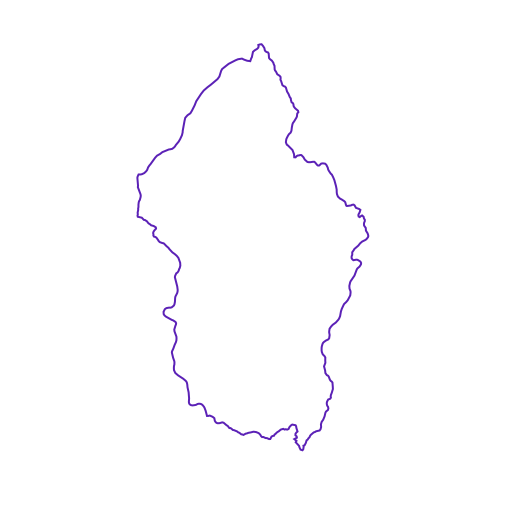 the district of Tailândia, Pará, Brazil, rotated 161°
{"feature_id": "56859067B75953677181340", "entity_name": "Tailândia", "entity_type": "district", "adm_level": 2, "iso_a3": "BRA", "parent_name": "Brazil", "parent_adm1": "Pará", "projection": "albers", "projection_center": [-48.744, -2.903], "detail": "fine", "context": "isolated", "style": "outline", "palette": "violet", "viewbox_px": 512, "rotation_deg": 161, "n_neighbors": 0, "source": "geoboundaries", "source_scale": "gbopen_adm2", "svg_char_len": 6074}
<svg xmlns="http://www.w3.org/2000/svg" viewBox="0 0 512 512"><g transform="rotate(161 256 256)"><path d="M223.5,137.5L223.8,139.0L224.9,141.3L225.0,143.8L224.7,145.4L223.9,147.7L223.2,149.1L221.8,151.1L220.8,152.1L219.7,152.6L217.4,153.3L214.8,153.6L213.6,154.4L212.1,157.3L211.7,159.9L211.3,161.0L210.1,163.3L207.9,164.9L205.8,166.0L202.2,167.1L198.8,169.0L197.8,169.8L196.1,171.7L193.7,176.0L192.1,178.1L189.2,181.1L188.2,182.0L185.9,183.0L183.7,184.3L180.6,187.2L179.7,188.1L178.5,190.6L178.1,192.0L178.2,194.7L177.5,197.3L175.6,200.4L174.8,201.3L169.3,205.4L165.0,210.6L164.0,211.3L161.5,212.3L159.5,213.9L158.9,215.1L159.0,216.3L159.5,217.3L161.2,219.3L162.4,219.9L165.3,220.3L166.0,221.5L166.3,222.6L166.0,223.9L165.5,224.8L164.6,225.8L163.8,228.2L161.7,229.7L160.7,230.6L155.9,232.5L153.4,234.1L150.9,235.1L147.7,235.5L146.2,235.9L144.0,237.3L143.3,238.3L143.1,239.7L143.1,241.1L143.8,244.2L143.1,246.8L143.9,249.6L143.5,251.2L142.9,252.3L141.8,253.5L141.3,254.9L141.7,256.2L141.5,258.1L142.5,259.8L144.0,259.5L145.3,259.0L146.1,259.9L145.9,261.4L145.1,262.4L143.9,263.4L142.3,265.6L143.1,266.8L145.8,269.0L146.3,271.8L147.0,272.8L148.4,273.1L149.8,272.9L153.0,273.5L154.1,273.9L154.3,275.0L154.1,277.8L154.6,279.0L156.7,281.7L157.8,282.8L159.2,285.5L159.3,288.1L159.0,289.7L158.1,292.6L157.6,296.1L157.2,302.2L157.4,305.4L157.8,308.3L158.5,309.5L159.3,312.5L159.6,314.2L159.4,316.2L159.8,319.2L160.5,320.7L161.7,321.4L163.2,322.0L164.4,322.1L166.7,321.0L167.9,321.3L168.6,322.3L169.6,325.1L170.2,326.1L171.3,326.5L174.1,327.0L175.6,327.5L176.8,328.2L178.5,331.3L179.0,334.0L180.2,336.6L181.4,337.1L182.6,337.1L183.8,337.4L185.1,337.2L186.5,336.4L187.7,336.9L186.9,339.9L187.0,344.3L189.8,350.1L190.6,351.2L190.7,352.4L190.7,353.9L189.3,356.6L188.2,357.8L186.4,359.5L185.1,360.5L183.2,361.3L182.2,362.3L181.5,363.3L180.3,365.8L178.7,368.6L177.8,369.7L176.2,370.8L172.7,373.7L171.9,374.6L170.6,377.3L169.1,378.2L169.0,379.7L170.9,382.9L171.6,385.0L171.5,386.2L171.2,387.3L171.4,388.6L172.3,389.7L172.2,392.1L171.8,393.7L172.3,395.1L172.5,398.6L173.1,401.4L172.9,405.5L173.4,406.7L174.5,407.6L175.4,408.9L175.3,413.2L175.5,414.7L174.9,415.9L174.5,417.3L175.0,418.7L176.7,420.9L177.1,424.0L177.6,425.2L177.6,426.4L176.6,429.8L176.8,431.9L176.7,433.1L177.4,435.6L178.8,437.7L179.2,439.0L178.1,443.3L178.4,444.6L179.4,445.3L180.3,446.3L180.7,447.5L180.4,449.9L181.0,452.4L181.8,454.4L183.5,454.8L185.1,454.8L185.4,453.1L186.1,452.2L187.4,451.5L190.3,450.9L192.4,450.0L195.2,445.3L196.2,444.4L198.0,442.1L200.8,443.5L203.4,445.6L205.0,447.2L209.0,447.9L211.7,447.7L219.3,446.6L227.0,443.9L228.6,442.5L232.2,437.6L234.8,435.8L243.1,432.6L246.8,431.4L251.5,429.5L255.2,427.1L262.1,421.8L265.0,418.4L269.2,414.3L271.6,412.3L274.9,411.4L277.9,409.7L279.6,407.0L284.6,398.1L285.1,396.8L286.7,394.3L289.7,391.2L291.9,389.3L295.7,387.0L296.9,386.0L298.0,385.4L300.3,384.6L302.2,384.8L303.8,385.1L308.7,384.8L310.7,384.7L313.5,383.7L316.9,383.1L319.3,381.8L326.1,377.0L327.2,376.4L329.2,374.9L330.8,372.9L332.2,371.9L334.6,370.8L337.0,370.5L338.3,370.6L340.5,371.3L342.1,369.6L342.7,368.6L344.7,360.7L345.3,359.6L345.1,352.3L345.2,351.0L345.8,349.5L347.6,346.8L348.6,346.0L349.3,345.1L350.4,342.9L351.2,340.6L352.0,339.2L352.4,337.9L353.8,335.5L354.2,333.8L354.9,332.7L355.0,331.6L351.5,329.4L350.3,326.7L349.2,326.1L347.7,324.1L347.4,322.8L346.8,321.6L345.8,320.4L345.2,319.2L343.0,317.7L341.4,315.7L341.6,314.4L343.9,313.2L345.1,312.2L345.8,311.2L345.9,309.9L346.4,308.7L346.1,307.5L345.0,306.8L344.2,305.8L343.4,303.1L343.2,302.0L342.5,300.5L340.3,298.7L339.2,298.1L338.6,297.0L337.5,294.6L336.1,292.2L335.7,290.8L333.9,286.7L332.2,284.3L330.9,282.0L330.0,279.5L329.9,274.3L330.7,271.5L332.0,269.5L333.1,268.5L333.8,267.4L334.7,266.6L335.7,265.9L337.0,265.6L338.9,263.6L339.6,262.4L340.4,252.8L341.1,249.4L341.7,248.0L342.6,246.6L345.4,243.9L346.1,242.7L347.6,239.0L348.9,236.8L349.8,235.9L352.4,234.9L353.8,235.0L355.0,235.5L357.7,235.9L359.5,235.4L361.6,233.3L361.9,232.2L362.2,231.1L361.9,229.7L360.9,228.0L356.4,223.0L355.4,222.2L353.6,219.9L353.4,218.5L354.0,217.3L354.9,216.3L357.2,213.1L357.6,211.3L357.5,205.7L357.9,204.2L358.7,202.2L359.8,200.6L361.9,198.4L364.3,195.4L366.5,193.1L367.0,192.0L367.5,186.9L367.5,183.2L367.7,182.1L368.5,180.0L369.4,178.6L370.1,176.9L370.7,174.8L370.4,171.7L368.6,168.6L364.8,163.7L363.3,161.2L362.8,160.1L362.6,158.9L362.8,157.0L363.5,154.1L364.1,149.0L365.6,143.2L367.0,139.8L367.2,138.5L367.0,137.4L366.1,136.2L364.7,135.4L362.7,135.0L361.2,134.8L359.4,135.1L358.0,134.9L356.7,134.3L355.7,133.5L354.9,132.1L354.3,130.4L354.1,129.3L354.0,126.2L354.4,120.7L353.1,120.3L351.7,120.2L349.8,118.5L348.9,117.4L348.2,116.2L348.6,113.6L348.3,112.3L347.7,111.1L346.6,110.3L344.8,109.8L342.1,109.7L340.9,108.9L338.9,105.5L338.1,104.6L337.2,102.0L336.1,101.6L335.2,100.3L334.6,99.1L333.5,98.5L331.0,96.3L330.2,95.0L329.3,94.3L328.0,92.2L327.0,91.7L326.1,90.9L323.6,91.4L322.4,91.2L320.9,91.3L318.3,90.9L315.7,90.7L314.4,90.1L313.1,89.4L311.2,87.7L310.6,86.7L310.1,85.4L309.8,83.9L309.2,82.8L308.0,82.5L306.3,80.8L305.0,80.3L303.3,78.7L302.1,78.3L300.1,80.2L298.9,80.4L297.5,80.2L296.5,81.2L295.3,81.5L294.3,82.1L292.9,82.6L291.7,82.8L289.1,83.8L286.5,83.7L285.5,82.6L284.2,82.5L283.1,81.7L281.6,81.8L280.0,83.4L277.9,84.5L276.6,84.8L273.7,83.1L273.5,82.0L273.8,80.2L273.9,76.5L275.2,76.0L276.5,75.1L277.1,73.7L276.3,72.2L276.5,70.9L279.4,70.4L277.9,68.0L279.1,67.0L277.1,62.5L277.2,60.8L276.9,58.4L275.3,57.2L274.3,57.8L273.1,60.0L272.9,61.2L271.7,61.2L269.8,63.0L268.2,65.2L266.9,65.6L265.9,66.5L264.4,67.2L263.6,68.2L262.5,69.0L258.9,70.4L257.4,70.4L256.2,70.7L252.7,70.3L251.4,71.2L250.1,73.1L249.4,75.7L247.9,77.8L245.8,79.3L243.4,82.0L241.4,85.2L240.5,86.1L238.1,87.0L237.2,88.3L237.0,89.9L237.4,91.3L237.3,92.7L237.0,93.9L236.2,95.2L234.5,96.8L232.3,96.9L231.3,97.7L231.1,98.9L230.5,100.1L228.9,102.0L226.6,105.2L225.9,107.6L224.9,111.5L225.3,112.6L226.0,113.6L226.4,115.0L226.5,118.2L226.8,119.3L227.8,120.3L228.5,122.7L227.9,125.3L227.6,129.5L225.2,132.4L224.5,134.8L223.5,137.5Z" fill="none" stroke="#5b21b6" stroke-width="2"/></g></svg>